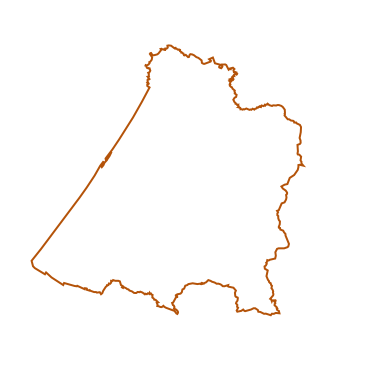 the district of Kebumen, Jawa Tengah, Indonesia, rotated 111°
{"feature_id": "22746128B26305825050369", "entity_name": "Kebumen", "entity_type": "district", "adm_level": 2, "iso_a3": "IDN", "parent_name": "Indonesia", "parent_adm1": "Jawa Tengah", "projection": "natural_earth1", "projection_center": [109.604, -7.644], "detail": "fine", "context": "isolated", "style": "outline", "palette": "amber", "viewbox_px": 384, "rotation_deg": 111, "n_neighbors": 0, "source": "geoboundaries", "source_scale": "gbopen_adm2", "svg_char_len": 5886}
<svg xmlns="http://www.w3.org/2000/svg" viewBox="0 0 384 384"><g transform="rotate(111 192 192)"><path d="M89.8,119.6L90.5,121.5L89.6,122.1L89.3,123.1L89.8,125.3L89.3,127.3L89.8,128.7L87.4,133.0L86.1,133.1L85.7,133.6L85.0,133.5L81.9,134.9L80.1,137.7L79.6,139.5L79.7,142.1L80.2,143.4L81.1,144.4L82.0,147.3L83.0,148.1L83.2,150.9L82.5,153.0L83.4,153.2L83.5,153.8L84.3,154.3L84.4,155.3L85.0,155.3L85.0,154.7L85.3,154.7L85.5,155.6L86.2,156.1L86.3,158.0L87.0,158.1L87.4,159.0L88.1,158.4L88.6,160.3L89.7,160.7L89.7,161.6L90.9,161.8L91.8,163.0L92.7,163.3L92.5,165.2L94.0,166.1L94.0,167.0L94.7,167.8L94.6,171.2L96.2,172.8L96.3,173.8L97.0,174.3L97.0,175.8L97.4,176.4L96.2,177.1L96.3,178.9L95.9,178.5L95.7,179.3L95.4,179.3L95.3,178.6L94.8,180.2L94.0,180.2L94.5,181.1L94.0,181.7L94.0,183.0L93.4,183.1L92.8,184.6L91.0,186.5L88.7,186.0L87.4,184.9L85.3,185.2L84.7,187.4L83.9,187.4L83.1,188.3L82.0,188.4L81.0,191.2L79.9,192.3L79.9,193.3L79.2,194.8L78.0,194.7L77.9,195.4L75.4,195.5L74.9,197.0L74.3,196.6L74.2,194.9L73.8,194.8L73.2,197.1L72.1,195.9L72.7,195.0L72.7,193.9L71.8,193.7L71.5,194.3L70.7,194.6L70.3,195.7L68.9,195.1L68.6,194.1L67.6,194.8L66.2,194.2L66.5,192.5L66.2,192.3L65.5,192.2L65.2,193.2L64.5,193.3L64.5,194.9L65.0,195.9L63.3,197.0L62.0,196.5L61.3,198.3L63.1,200.8L63.6,200.2L64.0,201.2L64.7,201.6L61.2,205.5L61.0,206.6L62.4,210.0L63.1,209.9L64.0,208.6L65.0,208.7L66.0,209.1L66.0,211.0L65.6,211.5L63.9,211.2L63.1,211.6L63.6,216.7L59.0,220.7L61.9,223.6L62.8,221.3L63.6,221.4L67.9,226.3L68.2,227.3L67.9,229.0L65.7,230.2L64.5,234.1L64.5,236.3L63.6,239.2L63.5,241.1L63.9,242.9L64.6,243.3L67.1,243.3L67.5,244.0L66.2,247.0L67.2,248.0L67.2,248.5L65.8,249.6L65.9,250.3L65.4,251.2L65.7,251.9L65.1,252.3L64.8,253.7L63.6,254.1L63.6,255.3L64.1,255.6L64.2,256.4L63.7,257.9L64.0,258.6L63.5,259.0L64.0,259.4L63.7,259.7L64.0,260.3L62.9,264.0L63.5,266.3L64.2,267.4L65.9,266.4L67.3,267.1L67.6,268.3L69.0,268.0L69.2,268.7L68.6,269.1L69.4,270.4L69.2,271.9L69.7,272.5L70.1,271.8L70.9,271.8L74.8,273.0L76.1,273.9L78.2,276.9L78.2,278.2L76.9,280.0L77.3,280.6L78.2,280.8L80.5,277.5L82.9,277.0L85.4,277.7L86.1,278.4L86.9,277.8L88.6,278.3L90.1,279.7L90.1,280.7L90.7,280.7L90.7,279.6L91.9,279.0L92.3,278.3L92.2,277.3L91.8,276.9L92.2,276.2L91.9,275.8L93.7,274.4L95.6,274.7L96.4,275.6L97.4,274.5L98.6,274.3L99.3,273.6L100.1,273.7L100.4,274.5L101.8,272.2L102.4,272.6L102.4,273.4L103.2,273.7L104.7,273.1L106.0,271.7L106.3,272.6L107.1,271.6L108.1,272.2L109.1,271.6L109.6,269.1L125.7,271.1L143.7,273.8L169.2,278.9L181.0,281.6L191.7,284.7L192.5,284.2L191.7,283.5L187.9,283.1L183.3,281.5L188.0,281.9L191.8,282.8L192.1,283.3L192.8,282.9L196.1,284.2L198.8,284.3L201.1,285.1L200.3,286.2L198.0,285.6L194.9,285.5L200.4,287.1L211.6,288.8L225.6,291.9L237.3,294.9L299.2,312.5L313.7,317.1L318.3,313.8L319.4,311.4L321.5,299.8L319.4,299.4L322.1,292.5L325.0,278.9L322.8,278.8L321.8,267.9L321.3,265.7L320.7,265.5L321.2,257.7L320.3,257.7L319.9,256.4L319.9,255.6L321.0,255.5L320.8,252.3L320.3,252.2L320.6,251.1L320.5,247.5L319.8,245.8L320.0,244.7L318.6,242.2L320.0,240.3L318.6,239.5L316.1,239.5L311.4,238.5L310.3,237.8L309.5,238.0L308.9,236.7L307.2,236.8L307.0,235.5L305.5,235.0L303.9,235.7L303.5,234.3L302.5,234.1L302.4,231.8L301.3,229.0L301.3,227.3L304.3,225.0L304.7,222.9L306.1,223.2L306.3,222.0L305.2,221.9L305.5,218.7L305.9,217.7L305.7,216.4L306.4,215.1L306.3,212.4L307.0,209.9L306.3,207.9L304.8,206.9L304.3,205.0L303.6,204.6L303.6,202.2L304.4,199.4L303.7,199.2L303.6,197.5L302.3,196.8L302.5,195.2L301.4,195.3L302.0,194.5L301.5,193.9L302.3,192.9L302.2,192.0L304.7,191.2L305.2,189.5L306.1,188.6L305.7,187.4L307.1,184.1L307.9,185.3L309.7,183.7L310.9,183.5L310.6,182.4L310.7,180.3L310.3,179.0L308.5,177.9L309.1,176.8L309.4,174.7L309.3,165.7L311.0,163.0L311.1,162.0L309.7,161.8L308.6,162.4L307.5,164.4L307.2,167.1L305.7,167.1L304.5,168.3L304.4,169.3L302.7,170.8L302.0,170.0L296.0,169.2L295.4,168.2L294.6,168.5L294.5,170.0L294.2,170.1L292.8,169.1L291.0,166.3L289.3,165.6L286.4,166.0L285.0,164.7L281.9,164.7L280.5,163.0L279.3,162.4L277.0,158.7L276.0,153.9L274.9,152.0L274.8,150.4L273.9,149.1L273.6,150.5L273.3,150.3L273.3,148.6L271.3,146.5L268.4,145.2L268.3,142.7L268.6,141.3L268.4,138.4L268.8,136.1L268.1,134.5L268.0,132.6L268.2,131.2L268.9,129.6L268.4,128.0L266.0,124.9L267.1,124.8L267.3,124.1L266.5,119.0L268.3,115.7L270.7,115.8L273.6,114.3L274.1,113.6L274.2,111.5L274.6,111.2L277.1,110.6L279.1,111.1L280.2,111.0L281.2,109.2L283.0,108.8L283.5,107.5L286.7,107.8L287.5,106.8L285.3,103.4L283.4,102.1L284.2,100.5L284.2,99.7L280.6,94.8L278.5,92.9L277.9,91.3L278.6,88.2L280.0,87.2L279.5,85.2L279.9,81.1L279.1,79.5L278.8,74.3L277.0,73.8L276.4,71.9L274.9,70.5L273.9,66.9L271.9,68.3L271.7,70.0L271.3,70.5L270.3,71.2L270.0,70.8L269.1,71.8L268.2,74.3L267.0,74.7L266.2,74.3L265.3,74.8L264.7,75.9L264.4,75.2L263.6,74.9L263.2,75.3L264.5,78.3L265.4,78.3L263.9,79.6L263.7,80.7L259.5,79.2L258.2,79.4L256.7,80.5L255.7,80.6L254.3,81.8L253.3,83.4L251.0,83.7L250.6,84.6L248.9,86.0L249.0,86.6L248.3,87.9L247.5,88.3L246.8,89.6L243.9,92.3L238.1,93.2L237.5,96.5L235.5,97.6L234.1,96.7L232.2,96.5L231.5,97.4L230.6,97.0L228.6,97.3L228.5,95.9L227.4,95.1L224.3,90.5L221.5,90.9L218.3,92.6L214.6,92.2L213.5,90.9L211.5,85.7L209.4,83.2L208.4,82.6L205.7,82.9L199.1,89.1L197.7,89.7L196.6,91.7L195.4,93.0L195.4,96.1L194.0,97.0L194.2,98.1L193.5,98.5L190.7,98.5L187.9,99.4L187.1,100.8L185.5,102.1L183.5,102.9L183.1,104.0L181.5,104.6L180.1,104.4L179.1,105.8L177.9,104.5L170.5,104.2L168.5,101.9L165.3,101.5L163.3,101.8L161.0,103.1L159.6,102.6L158.5,103.0L157.1,105.0L156.2,108.5L154.8,110.5L152.0,108.2L150.4,105.8L143.8,105.8L139.5,102.7L133.4,101.2L130.5,101.6L128.7,102.3L128.0,101.2L127.5,97.5L126.3,99.7L125.7,100.3L124.6,100.6L123.6,102.0L119.9,102.8L118.7,105.2L119.0,106.7L118.2,107.3L116.1,107.7L110.2,110.4L108.5,108.5L107.2,108.2L105.1,109.1L103.0,110.9L97.2,111.9L92.3,113.5L90.7,115.3L90.4,119.0L89.8,119.6Z" fill="none" stroke="#b45309" stroke-width="2"/></g></svg>